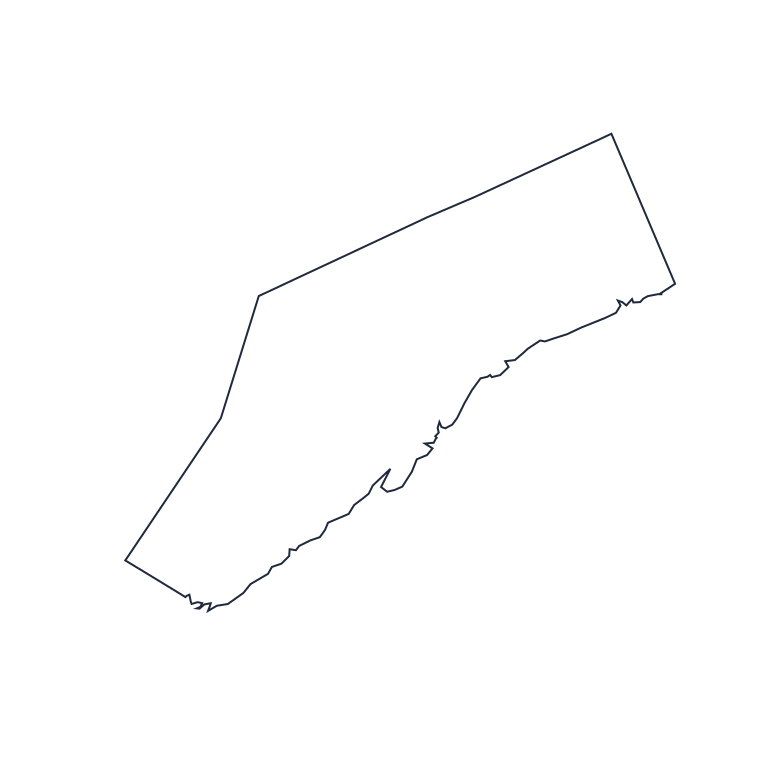 the district of Port Sudan, Red Sea, Sudan, rotated 67°
{"feature_id": "16777658B42019308608710", "entity_name": "Port Sudan", "entity_type": "district", "adm_level": 2, "iso_a3": "SDN", "parent_name": "Sudan", "parent_adm1": "Red Sea", "projection": "robinson", "projection_center": [37.267, 19.497], "detail": "fine", "context": "isolated", "style": "outline", "palette": "slate", "viewbox_px": 768, "rotation_deg": 67, "n_neighbors": 0, "source": "geoboundaries", "source_scale": "gbopen_adm2", "svg_char_len": 1432}
<svg xmlns="http://www.w3.org/2000/svg" viewBox="0 0 768 768"><g transform="rotate(67 384 384)"><path d="M445.3,691.1L465.0,676.9L498.5,652.9L502.6,650.1L501.9,648.6L501.9,645.5L506.0,646.3L509.3,647.0L511.3,647.0L512.0,640.8L514.7,637.0L517.4,640.1L517.4,643.9L518.7,641.6L516.7,635.4L518.1,629.2L520.1,630.8L524.1,634.6L522.8,624.6L525.5,613.7L521.4,595.1L516.0,585.0L513.4,564.9L508.6,558.7L509.3,548.6L505.3,538.5L499.2,535.4L502.6,530.0L499.9,525.4L499.2,513.0L499.9,502.9L495.2,495.2L489.8,489.7L489.8,482.0L489.8,467.3L483.7,458.7L481.0,447.9L479.0,440.9L473.0,433.9L469.9,425.5L464.6,411.3L477.7,427.0L484.4,423.2L485.7,415.7L485.6,407.2L475.6,392.6L466.1,383.2L466.2,372.0L462.2,364.5L454.8,369.6L457.5,361.1L454.8,358.0L454.1,356.5L452.1,357.2L450.1,352.6L445.4,351.8L440.7,347.9L446.1,347.9L448.7,344.8L448.1,337.1L444.0,330.1L438.0,323.1L433.3,317.7L429.2,312.3L423.9,305.3L416.5,292.9L417.8,285.9L417.1,282.8L419.8,282.1L421.2,273.6L417.1,262.7L410.4,263.5L413.1,254.2L409.7,243.3L407.7,237.9L405.0,223.2L407.7,219.3L408.4,210.0L409.7,196.1L409.1,179.8L409.6,154.3L409.1,142.6L404.1,135.6L398.6,136.1L401.8,132.6L406.4,130.2L402.7,122.5L406.4,122.6L408.7,116.1L406.7,111.8L406.2,106.8L407.0,103.1L408.3,97.0L410.1,92.8L408.7,94.3L405.5,76.9L242.5,76.9L243.4,104.0L247.3,228.0L247.3,240.8L247.4,278.9L254.1,464.9L351.8,547.6L436.8,678.0L441.9,685.8L445.3,691.1Z" fill="none" stroke="#1e293b" stroke-width="2"/></g></svg>